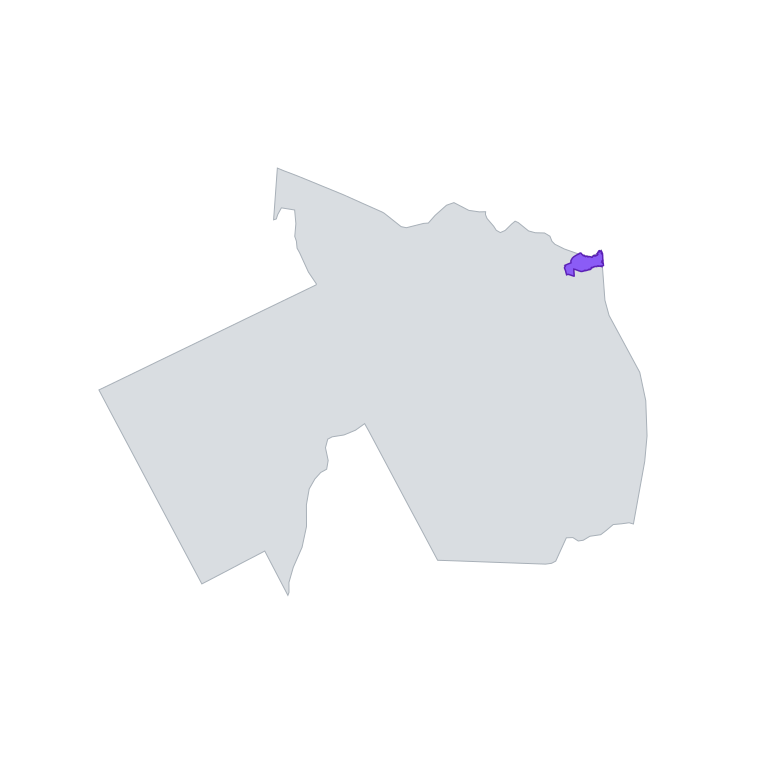 location of Moyuta, Jutiapa, Guatemala, rotated 242°
{"feature_id": "79465075B23671365948765", "entity_name": "Moyuta", "entity_type": "district", "adm_level": 2, "iso_a3": "GTM", "parent_name": "Guatemala", "parent_adm1": "Jutiapa", "projection": "mercator", "projection_center": [-90.132, 13.908], "detail": "fine", "context": "in_parent", "style": "filled", "palette": "violet", "viewbox_px": 768, "rotation_deg": 242, "n_neighbors": 0, "source": "geoboundaries", "source_scale": "gbopen_adm2", "svg_char_len": 5657}
<svg xmlns="http://www.w3.org/2000/svg" viewBox="0 0 768 768"><g transform="rotate(242 384 384)"><path d="M143.3,538.5L146.4,535.3L149.1,528.0L152.3,520.4L150.4,511.7L149.2,504.6L152.9,494.3L152.5,486.6L154.2,481.8L159.7,478.7L162.6,472.8L147.0,452.5L147.0,447.8L149.1,442.1L161.7,420.3L176.7,394.4L193.3,365.8L203.2,348.6L239.6,348.6L263.6,348.5L294.2,348.5L327.4,348.5L349.1,348.5L358.1,348.3L356.6,337.1L357.8,324.7L361.7,313.4L361.7,308.4L355.2,302.4L342.7,298.8L335.7,293.4L335.6,286.6L332.6,278.4L326.5,268.7L313.8,258.8L294.6,248.7L278.3,235.0L264.8,217.9L253.4,206.9L244.6,202.3L242.5,199.9L268.2,200.1L292.5,200.3L292.7,175.8L292.8,153.9L293.0,129.3L337.1,129.3L389.8,129.3L444.4,129.4L487.3,129.4L512.6,129.5L511.4,160.0L510.1,195.4L509.1,221.4L507.8,256.0L506.5,291.4L504.6,339.5L503.4,370.5L504.0,371.3L518.3,369.8L539.5,371.1L544.7,371.0L551.2,373.7L556.2,374.5L567.0,381.5L579.6,386.8L587.7,376.1L583.5,369.7L580.3,366.4L580.8,363.6L624.7,391.2L619.5,395.5L608.3,405.3L588.1,422.1L569.9,437.2L552.4,450.8L536.7,463.1L534.8,464.3L514.9,473.0L511.5,477.1L507.2,494.4L505.3,498.7L508.9,508.3L512.5,523.1L511.3,530.9L497.5,540.4L491.2,549.0L488.4,554.6L485.9,553.1L481.7,552.7L471.8,554.9L467.0,555.3L463.1,557.8L462.7,563.1L465.3,571.8L466.2,576.2L463.5,578.3L451.3,583.5L446.5,588.6L442.0,596.6L436.6,599.9L431.1,599.3L427.1,600.5L418.7,606.5L406.1,618.0L399.3,626.6L399.1,633.0L400.4,638.7L354.3,618.4L338.9,614.9L274.2,615.3L246.4,607.3L214.7,591.9L193.3,577.9L143.3,538.5Z" fill="#d9dde1" stroke="#a8b0b8" stroke-width="1"/><path d="M403.8,599.5L403.5,599.6L403.4,599.6L403.2,599.6L402.9,599.5L402.8,599.2L402.6,598.7L401.9,597.9L401.5,597.8L401.0,597.7L399.8,597.6L399.1,597.5L398.3,597.4L397.8,597.2L395.5,596.7L395.1,596.6L394.7,596.5L394.5,597.9L394.4,598.0L394.0,598.5L393.9,598.6L393.3,599.2L393.2,599.3L392.2,600.3L391.9,600.5L390.0,602.4L390.0,602.5L390.8,603.0L391.3,603.2L393.7,604.3L394.1,604.4L394.6,604.7L395.3,605.0L395.6,605.2L396.3,605.5L395.9,606.0L395.6,606.4L395.5,606.5L395.2,606.8L394.2,607.6L393.6,608.2L393.4,608.4L393.0,608.7L392.4,609.2L392.2,609.5L392.0,609.8L391.6,610.0L391.1,610.5L390.8,610.8L390.7,611.1L390.4,611.7L390.3,612.2L390.2,612.3L390.0,613.6L389.9,614.0L389.7,614.4L390.1,614.5L390.0,614.9L389.7,615.0L389.6,615.3L389.4,615.8L389.1,616.2L389.1,616.9L389.0,617.2L388.9,617.4L388.9,617.9L389.0,618.4L388.8,618.4L388.6,618.6L388.8,619.3L388.6,619.4L388.3,619.6L388.3,620.5L388.5,620.8L388.7,621.1L388.9,621.2L389.0,621.6L389.4,621.7L389.4,621.9L389.4,622.1L389.0,622.2L389.0,622.6L388.8,622.8L388.8,623.1L389.0,623.4L389.0,623.7L388.9,623.8L388.9,624.0L389.0,624.2L389.0,624.4L388.8,624.7L388.7,624.8L388.7,625.1L388.8,625.2L388.8,625.4L388.6,625.6L388.5,625.8L388.3,626.3L387.9,626.8L387.8,627.0L388.0,627.2L387.9,627.7L387.9,628.4L387.8,628.5L387.4,628.5L387.2,628.8L387.2,629.2L386.9,629.5L386.8,629.8L386.4,630.2L386.4,630.8L386.4,631.0L386.1,631.1L385.9,631.0L385.7,631.1L385.4,631.4L385.6,631.5L385.6,631.9L385.7,632.0L385.8,632.1L385.7,632.6L385.6,633.4L387.5,634.2L387.9,634.3L388.0,634.3L388.1,634.2L387.9,634.1L387.7,634.0L387.8,633.9L388.0,633.8L388.3,633.9L388.4,634.0L388.7,634.1L388.8,634.1L389.1,634.1L389.2,633.9L389.2,633.7L389.3,633.6L389.4,633.9L389.5,634.0L389.6,633.9L389.7,634.1L389.8,634.3L389.9,634.2L390.0,634.1L390.2,634.3L390.3,634.3L390.4,634.5L390.2,634.5L389.9,634.5L389.6,634.7L389.4,634.7L389.2,634.7L388.9,634.6L388.7,634.5L388.6,634.4L388.4,634.2L388.4,634.3L388.5,634.4L388.6,634.5L389.0,634.7L389.5,634.9L389.9,635.1L390.3,635.4L390.6,635.4L390.7,635.5L392.5,636.2L393.2,636.6L393.9,636.9L394.6,637.3L395.4,637.6L395.5,637.6L395.8,637.7L396.1,637.6L396.0,637.8L396.1,638.0L396.3,638.1L396.5,638.1L396.5,637.9L396.6,638.1L396.8,638.1L397.0,638.1L397.3,637.9L397.4,637.7L397.5,637.5L397.5,637.4L397.8,637.4L397.9,637.5L398.0,637.6L397.9,638.0L397.8,638.3L398.0,638.4L398.4,638.2L398.6,638.1L398.9,638.1L399.0,638.1L399.2,638.3L399.3,638.3L399.5,638.3L399.5,638.2L399.5,637.9L399.5,637.6L399.6,637.4L399.8,637.3L400.0,637.2L400.3,637.1L400.5,637.0L400.5,636.9L400.6,636.7L400.7,636.4L400.4,636.3L400.2,636.3L399.9,636.3L399.7,636.2L399.6,635.9L399.6,635.7L399.8,635.4L400.0,635.3L400.1,635.2L399.9,634.8L399.7,634.6L399.5,634.2L399.2,633.7L399.1,633.4L399.0,633.2L398.9,633.2L398.7,633.5L398.4,633.7L398.3,633.8L398.2,633.8L398.1,633.7L397.9,633.5L397.8,633.3L397.8,633.1L397.7,632.9L397.6,632.7L397.7,632.3L397.7,632.2L397.8,632.1L398.0,631.8L398.0,631.7L397.9,631.4L397.7,631.3L397.7,631.1L397.9,631.1L398.0,631.1L398.3,630.9L398.3,630.7L398.1,630.4L398.1,630.2L398.4,630.2L398.5,630.2L398.8,630.1L398.9,629.9L398.9,629.7L399.0,629.4L398.9,629.3L398.8,628.9L398.7,628.8L398.7,628.7L398.6,628.3L398.6,628.2L398.4,627.8L398.3,627.7L398.2,627.5L398.2,627.3L398.2,627.2L398.3,626.9L398.4,626.7L398.6,626.6L399.1,626.3L399.2,626.2L399.5,625.9L399.7,625.7L399.8,625.6L399.9,625.3L400.0,625.1L400.2,624.8L400.3,624.7L400.4,624.0L400.4,623.9L400.5,623.8L400.5,623.7L400.8,623.6L401.0,623.6L401.3,623.4L401.5,623.2L401.7,622.7L401.8,622.4L401.9,622.2L401.9,621.7L402.0,621.6L402.3,621.4L403.4,621.2L403.5,621.1L403.8,621.0L403.8,620.9L403.8,620.7L403.7,620.6L403.6,620.3L403.7,620.2L403.8,620.2L404.0,620.1L404.5,620.0L405.1,619.8L405.4,619.7L405.8,619.6L406.0,619.4L406.3,619.4L406.4,619.5L406.6,619.5L406.8,619.5L406.9,619.4L407.0,619.3L407.1,619.2L407.3,619.0L407.5,618.8L407.5,618.7L407.6,618.0L407.6,617.9L407.5,617.6L407.3,617.3L407.3,617.2L407.3,616.9L407.3,616.6L407.5,616.5L407.4,613.4L407.2,611.1L406.7,609.4L405.3,607.1L404.4,606.5L403.2,606.0L403.2,605.9L403.5,603.4L403.5,603.1L403.6,602.5L403.8,599.5Z" fill="#8b5cf6" stroke="#5b21b6" stroke-width="1.5"/></g></svg>